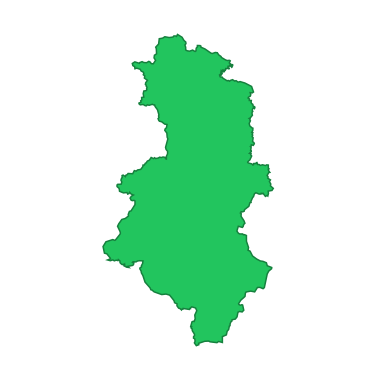 Befandriana Nord, Sofia, Madagascar (Albers equal-area conic projection), rotated 291°
{"feature_id": "10022922B32579750162608", "entity_name": "Befandriana Nord", "entity_type": "district", "adm_level": 2, "iso_a3": "MDG", "parent_name": "Madagascar", "parent_adm1": "Sofia", "projection": "albers", "projection_center": [48.822, -15.151], "detail": "fine", "context": "isolated", "style": "filled", "palette": "green", "viewbox_px": 384, "rotation_deg": 291, "n_neighbors": 0, "source": "geoboundaries", "source_scale": "gbopen_adm2", "svg_char_len": 6081}
<svg xmlns="http://www.w3.org/2000/svg" viewBox="0 0 384 384"><g transform="rotate(291 192 192)"><path d="M333.9,122.0L331.7,121.8L331.7,120.3L331.0,119.0L329.8,118.7L328.0,115.3L327.2,111.0L325.1,109.4L323.4,106.5L318.2,107.8L314.2,106.2L313.0,107.3L308.3,109.4L306.2,107.9L303.6,108.5L301.9,110.8L297.8,109.9L297.3,108.3L297.5,107.4L298.2,106.8L298.5,104.9L296.4,103.2L295.6,100.5L295.8,98.7L294.1,96.8L293.3,96.8L293.0,92.0L290.6,90.2L288.8,91.5L288.5,93.5L286.6,94.6L287.8,96.0L288.0,99.7L286.7,101.2L286.5,103.4L285.5,104.5L284.0,104.5L283.5,106.3L281.3,106.7L280.3,110.4L277.4,109.6L275.6,110.0L275.3,111.0L274.3,111.4L273.7,112.5L272.1,112.6L271.3,113.2L270.2,112.8L269.0,110.8L266.3,111.2L263.3,113.0L262.2,111.1L260.1,112.1L258.8,111.4L257.6,112.2L256.0,110.6L255.3,111.0L254.8,112.4L256.2,115.0L255.8,117.5L256.2,118.6L257.4,119.0L257.6,120.9L259.7,123.6L259.5,124.8L259.9,125.9L258.6,126.9L256.4,130.3L252.1,133.5L251.0,133.5L249.6,134.5L248.4,134.0L247.0,135.2L246.4,136.2L246.7,138.5L245.6,142.2L246.1,144.5L242.9,145.1L241.2,144.3L239.8,144.5L238.0,147.4L234.2,149.2L233.0,150.4L224.2,151.3L222.4,152.6L221.3,154.6L218.8,155.5L216.2,155.3L213.6,156.3L213.6,155.4L214.7,154.4L214.3,152.4L213.2,151.1L212.9,149.3L211.6,148.3L210.2,146.0L210.6,144.8L209.4,144.1L209.6,141.5L206.5,140.8L204.8,139.2L202.7,138.8L202.1,138.1L200.2,137.9L199.6,136.6L198.0,137.0L194.7,136.0L193.1,133.3L191.5,132.4L191.3,130.5L187.8,130.1L186.4,125.7L185.0,125.3L183.9,124.2L182.5,124.3L183.1,121.6L182.3,120.8L180.4,121.7L179.8,121.3L177.6,121.4L176.2,122.9L173.9,123.1L172.5,119.8L171.6,119.5L170.2,120.1L169.2,122.7L166.7,124.1L166.6,128.3L168.2,131.5L167.0,132.7L167.9,133.7L169.4,133.9L168.3,135.8L168.2,138.4L166.3,136.9L164.1,136.4L162.5,138.2L162.6,139.6L163.4,140.8L163.2,142.0L159.8,143.3L152.6,141.9L151.4,140.5L148.2,140.5L146.8,141.3L143.4,139.2L141.2,136.3L136.0,135.0L133.3,134.8L129.2,139.1L127.9,139.9L126.7,139.9L119.7,137.7L119.2,137.3L119.2,135.1L114.7,129.5L109.2,128.5L103.5,132.2L103.8,134.6L101.0,139.4L100.4,139.8L98.3,137.5L98.6,140.4L100.2,142.4L99.9,144.1L101.2,145.7L101.4,147.4L102.5,147.4L101.8,149.4L100.2,150.2L99.5,151.7L99.2,152.9L99.9,153.9L99.1,154.7L100.3,155.0L98.6,155.9L98.4,158.0L98.9,160.1L99.5,158.6L102.2,162.9L103.2,163.4L105.0,163.1L104.9,161.7L105.8,161.9L106.7,164.8L108.1,165.9L109.1,167.7L110.1,170.9L107.7,171.5L105.0,171.2L104.0,171.7L102.4,170.6L101.5,170.9L100.1,172.7L98.3,173.8L96.4,176.1L91.0,180.5L87.5,187.2L86.0,188.6L86.1,189.9L85.2,192.4L85.4,200.5L87.4,204.3L87.7,208.1L84.1,214.2L82.4,215.4L82.2,218.2L80.4,218.7L78.8,221.1L78.8,222.8L78.1,224.5L79.0,224.6L79.3,225.5L80.1,225.4L81.4,231.6L82.4,231.6L82.6,232.4L83.3,232.2L84.7,232.9L85.0,236.9L82.9,239.0L78.1,238.7L74.8,240.4L71.9,240.4L71.8,239.5L70.8,238.5L65.9,239.0L66.0,240.0L65.0,239.8L64.4,240.3L64.3,241.2L62.6,242.0L60.2,245.2L58.8,245.8L57.6,245.3L56.1,245.8L55.9,247.2L53.8,248.4L52.0,248.3L50.1,251.1L51.9,253.1L53.1,252.4L57.2,257.4L58.8,261.0L58.6,262.5L60.3,269.3L62.0,270.4L62.4,274.3L67.9,272.2L70.9,275.3L74.6,274.7L76.7,275.5L80.2,274.9L80.8,275.4L82.6,274.8L84.9,274.9L85.8,275.5L87.1,275.2L88.9,278.0L91.6,278.8L96.2,278.0L97.5,279.2L98.0,281.8L100.2,282.7L104.6,279.8L104.7,279.0L103.6,277.7L103.8,276.1L104.4,275.5L108.4,276.3L113.5,278.9L116.6,278.1L118.1,278.4L120.5,282.3L121.2,286.3L126.3,287.3L127.3,289.5L127.2,293.0L128.7,293.8L142.4,291.6L145.7,292.0L148.9,293.8L150.1,293.5L150.1,288.7L152.6,286.8L152.7,283.1L152.1,280.5L152.6,276.4L154.0,271.4L157.6,267.4L157.7,265.2L160.4,264.7L165.5,260.5L170.9,258.4L171.0,256.4L170.5,255.3L171.0,254.4L169.9,251.4L170.2,250.0L171.6,247.9L176.6,247.5L177.0,251.7L178.1,252.1L180.2,251.9L181.8,252.6L183.8,250.8L186.9,246.5L189.4,245.7L189.7,244.7L190.5,245.1L191.2,244.9L191.6,246.4L192.8,247.6L194.4,247.4L199.1,250.2L202.7,249.9L203.4,250.9L204.2,250.4L208.7,250.6L209.6,251.1L212.6,250.9L214.2,251.9L214.1,255.4L214.7,256.8L215.6,257.0L215.3,258.0L216.3,258.7L214.2,262.1L215.7,263.4L215.4,264.2L218.1,263.9L220.1,262.8L222.1,266.1L224.5,266.6L225.9,263.0L227.7,262.7L229.5,260.5L231.4,260.9L232.0,257.9L233.4,257.6L234.3,256.2L237.7,256.7L238.2,257.6L239.5,255.7L240.5,255.1L241.2,255.6L241.7,254.7L244.5,253.6L244.1,252.0L243.0,251.1L242.7,248.1L241.3,246.2L241.7,244.9L241.2,243.4L242.8,242.1L242.5,241.6L241.6,241.7L240.7,239.4L239.5,239.7L239.0,239.2L239.7,237.8L239.3,234.2L239.6,233.4L240.3,233.3L242.7,234.5L247.0,234.8L247.8,233.4L248.9,233.4L248.7,231.8L250.9,232.9L251.9,232.4L251.8,231.8L254.6,231.3L255.4,230.2L256.2,230.9L257.4,230.5L257.5,232.5L259.4,232.9L260.3,232.1L260.8,230.5L264.6,229.6L265.2,228.3L266.9,228.3L267.2,227.5L269.2,227.5L269.1,226.4L271.2,226.7L273.4,226.0L273.4,225.0L274.5,222.2L276.5,220.8L279.4,221.0L279.9,220.1L281.0,220.1L281.2,219.0L282.0,219.8L285.3,220.9L286.8,219.9L288.2,219.5L288.9,219.9L289.9,219.0L291.2,218.8L292.5,219.1L292.2,220.4L293.2,220.5L294.0,220.0L294.2,218.2L295.6,217.4L296.0,215.9L296.9,215.0L298.7,214.6L298.0,212.7L299.5,212.2L299.8,210.7L300.7,210.7L302.4,212.1L303.9,212.0L305.6,210.7L306.1,212.7L307.4,213.6L311.9,209.8L312.7,202.3L312.3,197.3L311.1,195.7L311.7,193.3L310.9,192.0L311.4,189.6L309.8,187.7L308.9,187.4L309.1,185.8L308.4,185.0L309.3,180.2L310.1,178.9L309.5,177.2L311.2,175.7L312.3,176.4L310.9,176.4L311.5,177.3L313.4,177.7L313.7,176.2L315.8,175.8L315.0,177.5L316.0,179.1L316.4,179.0L316.4,177.5L316.9,177.1L317.7,179.5L319.3,179.2L319.5,180.2L320.4,180.7L320.1,181.9L320.4,182.5L320.9,182.4L320.7,181.8L321.3,181.0L322.3,180.6L323.5,183.1L322.7,184.4L323.4,184.7L323.9,183.8L325.0,184.6L325.4,184.3L325.3,183.7L324.2,183.1L323.9,181.9L325.4,182.1L325.8,180.6L326.2,180.5L328.7,180.8L328.1,180.4L328.3,179.6L327.4,178.0L327.3,176.1L328.2,171.1L328.9,170.6L329.6,167.8L331.1,165.7L330.6,163.7L328.7,161.5L328.4,160.1L330.2,152.8L330.4,148.4L331.4,148.0L331.6,147.0L330.7,144.5L329.1,145.0L327.8,144.4L325.2,145.1L324.3,144.5L324.7,141.7L322.6,139.3L322.1,136.8L322.4,135.2L324.9,134.2L326.7,132.7L328.3,133.2L329.8,132.4L330.6,130.2L332.9,127.3L333.9,122.0Z" fill="#22c55e" stroke="#15803d" stroke-width="1.5"/></g></svg>